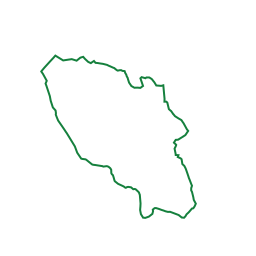 Al Mawasit, Ta`izz, Yemen, rotated 43°
{"feature_id": "15242507B76760734874211", "entity_name": "Al Mawasit", "entity_type": "district", "adm_level": 2, "iso_a3": "YEM", "parent_name": "Yemen", "parent_adm1": "Ta`izz", "projection": "orthographic", "projection_center": [44.115, 13.304], "detail": "fine", "context": "isolated", "style": "outline", "palette": "green", "viewbox_px": 256, "rotation_deg": 43, "n_neighbors": 0, "source": "geoboundaries", "source_scale": "gbopen_adm2", "svg_char_len": 3036}
<svg xmlns="http://www.w3.org/2000/svg" viewBox="0 0 256 256"><g transform="rotate(43 128 128)"><path d="M174.0,89.1L172.0,88.8L165.3,86.6L164.7,86.5L163.3,86.2L163.1,86.1L162.5,86.0L161.6,85.8L158.2,86.6L155.9,87.0L154.3,87.3L152.2,87.0L151.5,87.0L151.4,86.9L151.2,86.9L148.0,86.2L146.8,86.3L146.0,86.3L145.0,86.3L139.4,82.6L138.1,82.6L136.7,83.9L134.9,81.8L124.7,72.7L123.6,74.5L119.7,77.6L116.1,76.6L114.0,76.3L113.5,76.2L111.9,76.0L109.3,76.5L109.0,76.6L107.1,78.4L107.0,78.5L106.8,79.7L103.3,81.5L103.2,83.2L110.3,87.0L109.7,90.2L107.3,92.1L105.4,94.0L105.2,94.2L101.8,95.0L101.6,95.0L101.1,94.8L98.3,94.2L97.7,94.0L95.4,92.7L95.0,92.5L93.4,91.5L93.0,91.4L91.9,91.1L90.2,90.1L88.8,89.8L86.7,88.7L85.0,90.0L83.5,90.4L82.5,91.4L81.4,93.0L80.5,93.3L79.2,93.4L79.0,93.5L77.2,93.5L76.0,94.0L74.0,94.7L72.7,95.1L72.4,95.3L70.8,95.8L69.7,96.1L65.9,98.2L63.6,99.8L61.6,101.1L59.8,102.5L59.1,102.4L57.4,102.2L56.7,105.2L56.6,105.9L53.8,106.8L49.3,106.8L46.7,106.5L45.2,109.0L44.5,113.8L39.9,116.0L38.8,117.4L38.3,118.0L34.5,122.8L25.5,124.6L25.6,127.4L25.6,131.2L25.6,131.7L25.6,132.7L25.7,140.8L25.9,144.8L26.0,145.8L26.3,145.9L28.8,146.4L36.4,148.9L37.4,151.7L39.6,152.8L49.1,158.0L52.9,160.8L59.0,164.2L63.1,164.6L65.2,166.3L66.1,167.5L68.8,168.8L71.6,170.1L72.3,170.3L76.0,171.1L82.7,172.6L85.1,173.2L86.6,173.5L87.7,173.8L101.7,177.7L107.7,180.7L114.6,182.3L115.5,181.9L117.9,180.2L118.3,179.9L119.1,179.7L125.7,179.2L126.8,179.1L127.3,178.8L128.4,178.1L128.7,177.8L133.3,174.7L135.4,173.3L135.8,173.2L136.2,173.1L136.9,172.3L138.2,170.7L138.6,170.3L140.2,169.6L140.9,169.6L142.4,169.5L143.6,169.8L144.2,170.0L145.2,171.0L146.6,172.4L147.8,172.8L149.2,172.8L150.6,173.6L152.0,174.4L152.1,174.5L153.4,175.3L154.5,175.9L154.8,175.9L157.4,175.7L158.8,175.6L163.7,174.0L164.0,173.9L165.2,173.6L166.1,173.6L166.9,173.4L167.2,173.2L167.5,172.1L168.2,171.0L170.7,169.3L173.6,169.2L174.5,168.0L175.4,167.6L178.2,167.6L178.9,167.6L180.0,167.7L181.1,168.3L182.2,168.8L187.6,173.7L188.5,174.5L189.2,175.3L190.9,177.3L191.5,178.1L192.8,179.7L196.2,182.2L199.6,183.1L200.1,183.3L201.9,182.0L203.7,178.6L204.4,174.2L203.1,171.8L201.8,170.8L202.1,168.5L203.0,167.5L203.2,167.4L205.6,166.2L207.0,165.6L208.5,165.0L209.1,164.7L209.7,164.4L210.8,163.9L212.1,163.4L214.3,162.2L215.5,161.1L215.6,160.9L215.9,160.6L217.1,160.1L217.8,159.8L224.4,157.1L228.4,156.8L228.6,156.6L230.2,155.4L230.2,154.6L230.2,153.4L229.7,151.2L229.9,148.4L229.9,147.7L229.7,143.3L230.5,142.2L230.3,140.7L230.1,139.7L230.0,139.4L229.2,137.1L225.1,135.7L223.0,134.1L218.4,131.1L216.7,130.5L215.2,128.8L214.9,128.2L214.8,127.8L214.5,127.3L214.2,126.6L212.6,125.9L208.1,123.7L206.3,122.9L205.9,122.6L202.4,120.7L198.4,118.6L198.2,118.5L197.0,118.0L195.0,117.3L192.4,117.3L191.7,116.8L191.2,116.4L188.5,114.3L187.6,114.3L187.2,114.3L184.2,115.3L183.4,113.5L181.3,115.2L180.3,114.3L176.1,111.3L175.4,108.9L174.8,107.5L174.3,107.4L171.6,107.4L171.2,105.5L171.0,104.1L171.7,103.4L172.0,103.0L172.6,102.4L174.8,94.1L174.0,89.1Z" fill="none" stroke="#15803d" stroke-width="2"/></g></svg>